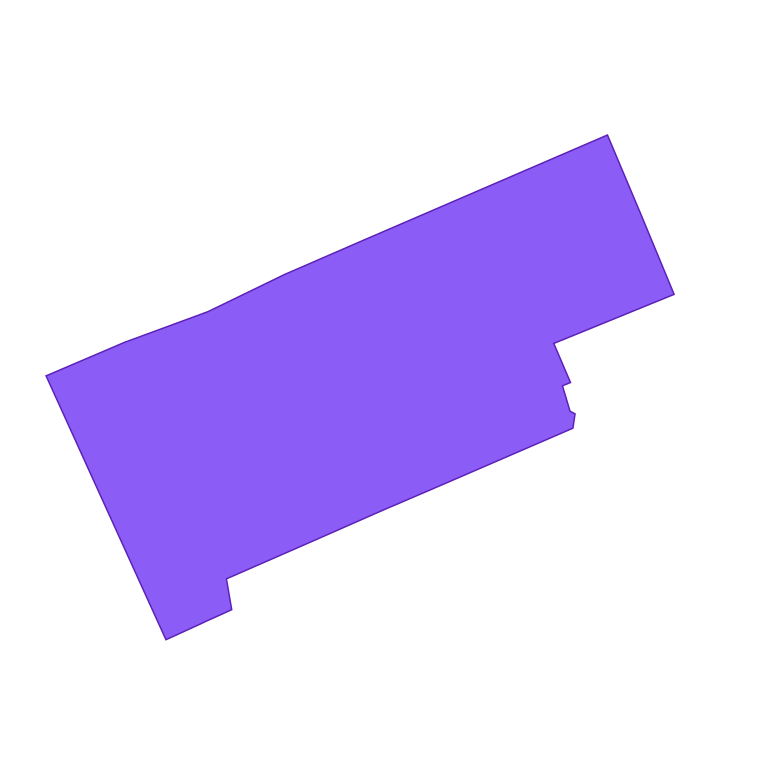 Craighead, Arkansas, United States of America (Robinson projection), rotated 156°
{"feature_id": "52423323B20567432013188", "entity_name": "Craighead", "entity_type": "district", "adm_level": 2, "iso_a3": "USA", "parent_name": "United States of America", "parent_adm1": "Arkansas", "projection": "robinson", "projection_center": [-90.631, 35.848], "detail": "fine", "context": "isolated", "style": "filled", "palette": "violet", "viewbox_px": 768, "rotation_deg": 156, "n_neighbors": 0, "source": "geoboundaries", "source_scale": "gbopen_adm2", "svg_char_len": 491}
<svg xmlns="http://www.w3.org/2000/svg" viewBox="0 0 768 768"><g transform="rotate(156 384 384)"><path d="M78.6,520.6L342.0,523.7L430.5,524.5L515.3,521.7L603.9,527.6L689.4,528.9L687.2,239.1L684.4,239.1L646.2,239.5L643.6,239.6L622.4,239.7L614.9,239.8L607.2,270.1L547.9,269.7L518.9,269.5L446.1,269.2L431.9,269.1L380.8,268.4L229.4,266.8L221.6,279.0L225.1,283.5L221.7,309.8L213.0,309.5L212.4,352.0L82.5,347.9L80.3,434.4L78.6,520.6Z" fill="#8b5cf6" stroke="#5b21b6" stroke-width="1.5"/></g></svg>